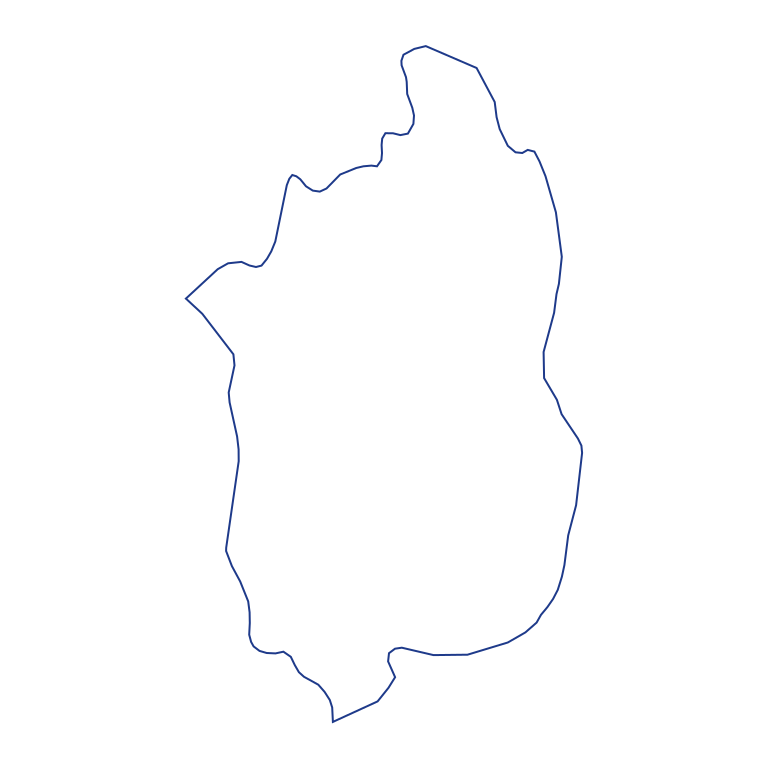 an SVG outline of Shiga
{"feature_id": "JPN-1853", "entity_name": "Shiga", "entity_type": "Prefecture", "adm_level": 1, "iso_a3": "JPN", "parent_name": "Japan", "parent_adm1": "", "projection": "equal_earth", "projection_center": [136.094, 35.224], "detail": "fine", "context": "isolated", "style": "outline", "palette": "blue", "viewbox_px": 768, "rotation_deg": 0, "n_neighbors": 0, "source": "natural_earth", "source_scale": "10m", "svg_char_len": 1533}
<svg xmlns="http://www.w3.org/2000/svg" viewBox="0 0 768 768"><path d="M476.6,68.0L494.7,102.0L496.6,117.2L499.7,129.1L507.8,145.8L515.5,152.3L522.3,153.0L527.7,149.9L534.4,151.6L539.5,161.4L545.5,176.2L555.9,212.3L561.8,256.8L558.9,283.9L556.5,294.1L554.1,312.8L543.6,352.0L544.1,378.1L556.9,399.8L561.6,414.2L577.9,438.5L581.4,445.6L582.1,452.9L576.1,505.2L568.2,535.4L564.4,565.1L561.9,576.7L557.8,589.8L553.1,598.9L547.4,607.1L541.0,614.8L536.6,622.6L525.4,632.4L507.8,642.5L467.5,654.7L433.5,655.1L401.8,647.7L395.0,648.7L389.0,653.2L388.1,661.4L395.1,677.2L388.5,687.8L377.6,701.4L332.9,721.9L332.2,707.5L329.8,700.0L324.6,691.9L318.3,684.7L304.0,676.8L298.9,672.2L294.8,665.1L290.8,656.8L283.4,651.7L275.5,653.4L266.7,653.0L259.5,650.9L253.6,646.4L251.1,641.9L249.2,634.7L249.8,623.0L249.6,612.3L248.2,601.4L240.2,581.5L231.9,566.1L226.1,551.0L226.2,547.7L238.7,461.2L238.6,449.4L237.1,436.5L229.6,402.4L228.7,392.5L234.5,365.4L233.4,354.3L202.3,313.8L185.9,298.6L217.7,269.2L228.1,263.3L241.5,261.9L249.5,265.5L256.0,267.0L261.5,265.6L267.0,258.8L271.3,251.3L275.3,241.5L286.8,185.2L289.3,178.8L292.3,175.0L296.4,176.3L300.3,179.3L306.0,186.3L312.8,190.6L319.8,191.6L326.5,188.5L340.2,174.5L356.2,168.0L363.4,166.3L371.4,165.6L377.0,166.3L381.4,160.0L382.0,153.1L381.6,145.0L382.2,138.6L385.4,133.2L393.1,133.3L400.4,135.1L407.9,133.6L413.4,123.9L414.0,115.5L412.3,107.8L407.2,94.0L406.7,81.9L406.0,77.2L401.6,65.3L401.4,60.8L403.5,54.7L414.3,48.9L425.8,46.1L476.6,68.0Z" fill="none" stroke="#1e3a8a" stroke-width="2"/></svg>